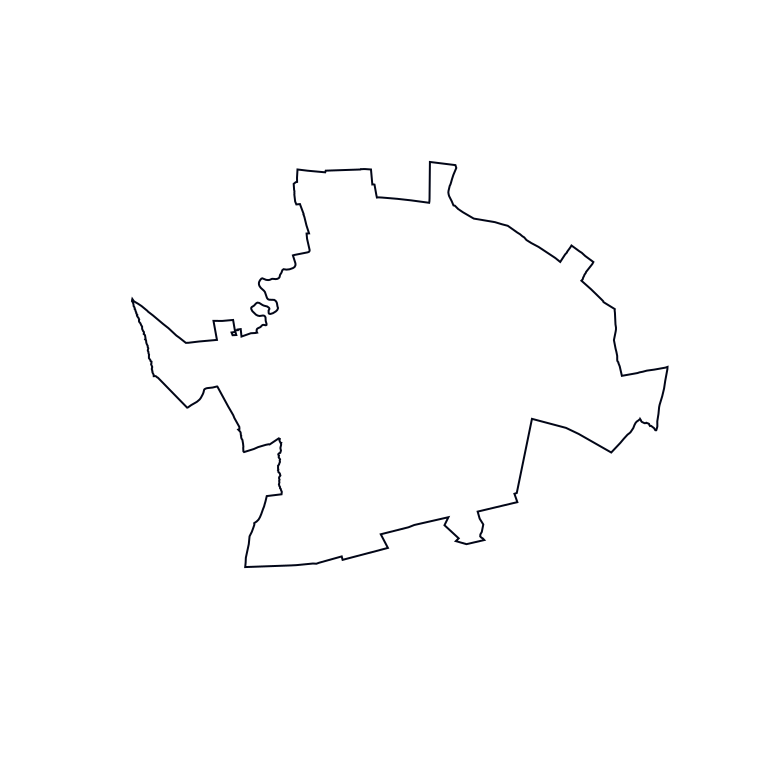 outline of Rauseni, Botosani, Romania, rotated 208°
{"feature_id": "2599482B43071956951910", "entity_name": "Rauseni", "entity_type": "district", "adm_level": 2, "iso_a3": "ROU", "parent_name": "Romania", "parent_adm1": "Botosani", "projection": "natural_earth1", "projection_center": [27.226, 47.56], "detail": "fine", "context": "isolated", "style": "outline", "palette": "ink", "viewbox_px": 768, "rotation_deg": 208, "n_neighbors": 0, "source": "geoboundaries", "source_scale": "gbopen_adm2", "svg_char_len": 6154}
<svg xmlns="http://www.w3.org/2000/svg" viewBox="0 0 768 768"><g transform="rotate(208 384 384)"><path d="M646.1,340.9L645.8,339.8L645.4,338.8L644.3,338.3L642.9,337.1L641.5,335.1L640.7,334.8L639.9,334.1L639.3,333.1L638.8,333.1L637.1,331.3L636.5,331.0L636.2,330.7L636.1,330.3L635.5,329.8L634.4,329.3L634.4,328.8L634.3,328.5L633.8,328.3L633.6,327.9L631.5,326.9L631.2,326.5L630.4,326.0L630.3,325.3L629.8,324.4L628.9,323.7L627.7,323.3L625.8,321.8L624.6,321.2L623.4,319.1L621.5,317.6L620.7,317.4L619.8,316.3L619.8,315.8L619.6,315.3L618.4,315.1L617.8,314.7L615.9,312.2L615.9,311.2L614.7,311.0L613.5,309.2L612.9,308.5L612.0,307.7L610.6,306.8L610.1,305.9L609.7,305.4L609.1,305.1L608.8,304.7L608.5,303.1L608.1,302.4L607.3,302.0L606.2,300.4L605.2,299.6L604.9,298.7L603.7,296.5L601.5,295.4L600.8,294.6L599.8,294.6L599.0,292.9L599.0,292.2L598.8,292.0L596.8,290.4L596.7,289.9L596.3,289.5L596.2,288.5L595.9,288.0L595.6,287.6L595.1,287.4L594.7,286.6L594.1,286.1L594.0,285.7L593.6,285.3L591.8,284.1L591.0,282.8L589.4,283.7L588.6,283.7L587.6,283.4L586.5,283.4L546.7,270.7L546.1,271.3L544.3,274.9L541.4,279.5L540.7,280.7L539.5,283.8L539.2,285.8L539.2,290.0L539.4,291.7L540.1,294.5L540.0,295.2L539.0,296.6L538.1,297.4L533.7,300.4L530.2,303.5L529.9,303.5L511.0,291.0L502.5,285.7L500.1,283.7L491.6,278.2L490.5,276.4L491.3,275.3L488.6,274.4L487.7,273.7L486.5,271.8L485.7,271.2L485.7,270.9L485.4,270.3L484.2,268.9L482.8,268.2L480.4,265.1L478.6,262.4L478.4,261.6L476.5,258.5L475.6,258.2L468.4,265.5L465.5,269.2L459.8,274.8L457.6,276.6L456.6,276.9L451.4,286.6L450.2,286.6L449.8,285.0L447.9,283.6L447.1,283.8L446.9,282.8L446.3,282.1L445.6,279.3L445.2,278.5L444.2,277.4L443.7,276.8L443.3,274.5L444.0,273.8L444.4,272.4L444.1,271.9L443.1,271.5L442.7,270.0L442.2,269.6L440.4,268.7L440.3,268.0L440.0,267.2L439.3,266.4L439.2,265.9L439.2,265.0L438.9,263.6L439.2,262.0L438.6,261.2L438.3,260.4L437.7,259.4L437.2,259.0L437.2,258.1L436.6,257.7L435.8,256.6L434.7,256.4L433.9,256.0L432.5,254.5L432.8,253.0L432.7,252.1L432.1,251.1L431.3,250.5L431.1,249.2L430.2,248.1L429.6,245.9L428.9,245.4L428.7,244.9L427.4,244.2L426.9,243.2L425.9,242.9L425.4,242.2L423.6,240.8L422.7,238.5L434.9,230.0L433.5,224.6L432.9,221.7L432.4,219.6L432.1,216.8L431.3,211.5L431.0,208.1L431.1,205.4L431.9,202.8L433.3,200.2L432.4,198.9L431.9,195.8L431.3,191.4L431.2,186.4L428.2,179.1L424.4,165.7L422.3,161.3L420.6,157.2L380.7,180.3L376.2,183.0L362.5,192.1L359.3,193.6L357.4,195.7L340.4,211.9L338.0,209.3L303.6,241.1L316.3,249.8L295.1,269.0L291.1,273.7L264.6,296.6L264.3,287.7L245.6,282.8L246.8,279.0L236.0,281.3L222.2,293.3L224.2,294.0L226.0,294.1L227.5,294.6L228.3,296.5L228.2,299.3L230.4,306.6L236.3,310.0L241.4,315.3L210.8,342.3L217.3,348.3L215.6,350.1L237.0,422.7L202.7,430.7L188.7,431.3L151.2,430.2L147.7,442.9L146.6,448.1L145.2,453.6L144.1,456.0L143.7,457.2L143.2,462.1L143.6,465.4L143.6,467.8L143.2,469.5L142.2,471.4L141.8,472.5L141.3,472.7L141.4,473.3L140.0,472.5L139.4,471.9L138.6,471.6L135.6,471.7L134.3,472.5L134.2,472.9L131.9,473.2L131.3,473.2L130.6,472.5L129.4,471.8L128.9,472.3L128.4,472.4L124.8,471.8L122.8,470.6L122.1,470.8L121.9,471.0L122.5,474.0L122.8,475.0L125.2,479.4L127.6,486.4L130.2,492.7L130.9,495.1L132.6,503.8L134.6,511.5L137.2,518.9L140.7,530.0L141.7,532.2L143.3,530.5L152.1,523.6L158.2,519.2L161.3,516.3L163.9,514.2L165.3,512.7L177.8,502.9L184.2,510.3L186.7,512.4L187.3,513.2L188.5,513.7L189.3,514.6L191.3,518.3L194.0,521.6L196.1,523.9L201.6,530.7L204.1,539.1L204.8,541.1L205.7,542.8L207.6,545.3L213.6,555.4L214.8,557.1L215.4,558.5L228.0,559.3L228.9,559.5L229.3,560.0L231.4,560.7L245.8,564.9L258.2,567.9L257.7,569.6L258.1,571.4L258.1,573.4L258.3,574.5L258.0,577.0L258.2,577.7L256.4,587.7L256.4,590.0L266.5,591.5L271.0,592.7L273.7,592.9L283.5,594.3L283.6,592.2L284.4,586.6L284.2,586.0L284.9,583.5L285.7,574.5L292.1,575.7L311.9,577.6L320.1,577.6L325.8,578.0L329.1,579.3L331.1,579.4L334.2,580.1L337.3,580.3L349.0,581.8L354.9,580.4L362.0,579.0L382.4,572.2L394.9,572.7L400.6,573.3L405.1,574.7L406.5,574.3L409.9,577.1L414.6,580.4L415.8,581.6L417.1,583.3L417.7,584.8L419.0,589.8L419.0,591.2L419.4,593.4L420.1,596.6L420.9,601.1L421.6,608.7L423.7,610.8L447.7,601.6L431.0,569.4L429.7,566.7L429.2,565.2L446.2,558.9L459.3,553.7L473.5,547.6L476.5,546.2L477.8,545.3L479.5,547.3L486.0,555.6L487.3,555.2L488.0,554.7L496.2,567.3L501.6,564.9L505.4,562.8L505.4,562.4L535.6,545.0L535.3,543.3L551.5,536.5L561.1,532.8L557.6,525.2L555.6,521.6L556.7,520.7L557.7,518.3L554.5,513.2L553.6,512.2L552.9,510.7L552.3,509.8L552.2,509.3L548.1,503.4L545.7,501.4L542.7,503.4L534.8,496.4L534.6,496.1L534.7,495.9L532.8,494.2L526.9,487.6L520.9,481.8L523.0,480.5L520.1,476.1L512.5,467.3L512.2,466.4L512.3,465.5L513.1,464.5L523.9,455.7L524.8,454.8L518.9,449.0L518.2,447.9L517.9,447.1L517.9,445.3L518.8,443.6L521.3,440.9L523.8,439.2L526.6,438.2L527.2,436.8L526.8,434.2L527.0,431.5L526.4,429.3L526.6,428.2L527.4,426.9L528.8,425.8L531.7,424.6L532.3,424.2L533.8,422.3L535.0,421.4L537.0,420.6L541.0,420.2L541.7,419.5L542.1,417.9L542.2,416.2L542.1,415.2L541.8,414.3L541.0,413.0L539.7,411.9L537.8,411.0L533.8,410.0L532.3,409.3L527.8,405.1L526.6,404.5L525.8,404.4L524.8,404.6L520.5,406.7L519.0,406.6L517.8,406.1L516.9,405.5L516.1,404.6L514.5,402.5L513.3,401.4L513.1,400.8L513.0,399.2L513.6,397.3L515.3,394.4L517.1,392.6L518.0,392.2L518.7,392.2L519.2,392.6L520.4,394.7L520.4,396.3L520.7,396.9L521.4,397.3L523.5,397.6L526.9,396.8L528.3,396.7L532.2,397.0L533.8,396.5L534.3,396.0L534.9,394.8L535.5,392.3L536.9,389.8L537.0,389.1L536.8,388.5L536.4,387.9L535.6,387.3L534.4,386.5L529.6,385.1L527.7,385.1L525.8,385.6L523.1,387.6L522.1,388.0L521.0,387.9L519.9,387.2L518.1,384.2L515.9,381.9L515.5,381.0L515.8,380.5L516.3,380.2L517.9,379.8L518.8,379.2L519.3,378.3L519.8,376.3L521.5,374.0L521.9,373.2L521.9,372.3L521.3,370.7L520.1,369.8L521.6,368.6L525.4,366.3L532.1,359.0L536.3,365.2L538.8,363.4L538.4,362.9L540.6,361.5L540.0,360.6L537.4,357.9L540.6,356.0L542.8,357.9L539.9,360.1L547.3,369.7L556.5,363.7L564.2,359.7L552.2,344.5L567.4,334.6L576.3,328.4L578.3,327.3L586.4,328.8L590.1,329.3L600.5,332.1L607.2,333.3L620.3,336.1L626.3,337.1L627.3,337.5L634.7,339.0L638.8,339.4L643.6,339.6L646.1,340.9Z" fill="none" stroke="#020617" stroke-width="2"/></g></svg>